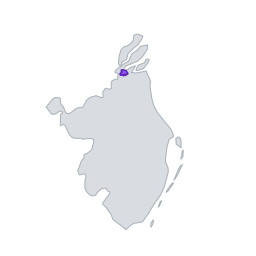 location of Bergen op Zoom, Noord-Brabant, Netherlands, rotated 127°
{"feature_id": "6326949B50303337761735", "entity_name": "Bergen op Zoom", "entity_type": "district", "adm_level": 2, "iso_a3": "NLD", "parent_name": "Netherlands", "parent_adm1": "Noord-Brabant", "projection": "equal_earth", "projection_center": [4.307, 51.505], "detail": "fine", "context": "in_parent", "style": "filled", "palette": "violet", "viewbox_px": 256, "rotation_deg": 127, "n_neighbors": 0, "source": "geoboundaries", "source_scale": "gbopen_adm2", "svg_char_len": 3926}
<svg xmlns="http://www.w3.org/2000/svg" viewBox="0 0 256 256"><g transform="rotate(127 128 128)"><path d="M160.6,205.9L156.2,205.8L152.0,205.7L149.9,205.4L147.5,204.5L146.4,202.8L145.1,200.7L145.5,199.5L149.3,195.9L149.9,194.9L149.5,194.3L149.9,192.7L152.8,187.4L153.1,185.2L151.8,183.7L149.9,182.8L143.6,181.2L140.6,179.0L139.2,177.0L137.9,176.5L135.8,177.1L130.7,177.8L126.5,176.8L121.5,173.1L120.3,169.8L119.7,167.2L118.5,166.4L116.8,167.7L114.7,169.7L110.6,170.0L109.4,169.5L109.2,168.4L108.9,167.3L107.8,165.9L106.5,165.2L101.3,169.0L99.3,169.0L96.9,167.5L95.6,166.1L92.9,166.9L90.5,168.6L91.3,172.0L90.0,172.6L87.0,172.3L83.6,170.9L79.8,170.1L74.1,167.8L66.1,169.6L60.6,167.4L55.9,167.2L53.1,165.4L50.0,162.4L52.2,160.5L54.3,159.8L62.8,159.4L68.9,160.6L79.9,167.1L82.7,167.0L85.7,166.2L84.2,164.5L81.4,163.6L77.3,161.9L74.0,159.4L81.7,158.6L80.7,157.4L79.7,155.2L71.6,147.7L73.0,145.7L75.0,141.3L77.5,137.7L79.6,136.8L82.9,134.2L90.1,126.7L94.7,120.7L98.1,113.4L103.0,93.7L104.5,90.3L106.9,86.6L109.9,87.3L112.0,88.4L119.4,85.6L132.0,78.3L135.7,72.0L139.4,69.1L153.9,63.4L161.9,61.7L174.3,61.3L183.2,60.3L194.0,59.9L198.1,63.4L200.5,66.0L204.4,67.4L210.3,68.4L210.1,73.5L210.3,83.5L209.9,85.3L207.3,89.5L204.7,97.2L204.0,102.2L203.2,103.1L191.8,103.1L190.2,104.0L190.0,105.1L190.6,106.4L190.3,107.7L189.5,108.7L190.0,110.4L192.0,112.3L195.6,113.5L199.4,113.6L201.4,113.4L202.9,114.7L204.4,116.8L204.3,119.4L203.8,123.0L202.0,126.3L196.8,130.0L194.5,131.4L192.3,132.1L191.3,133.1L190.8,134.3L190.9,135.5L194.7,138.5L194.6,139.2L193.6,140.8L192.2,142.3L182.5,145.4L178.5,145.1L176.3,146.7L175.6,147.0L173.0,145.5L167.4,143.9L165.2,144.5L164.1,145.4L160.5,146.4L158.0,148.2L158.0,150.3L162.6,156.0L164.2,157.1L164.3,159.3L166.5,161.9L168.8,165.3L169.1,167.4L168.8,169.6L167.7,172.6L163.9,179.8L163.8,181.2L164.2,182.2L165.5,182.5L166.6,183.1L166.3,184.0L159.0,189.0L158.1,189.9L155.0,189.6L154.5,190.5L154.9,191.8L156.2,193.0L158.8,193.6L161.1,194.9L162.9,197.4L160.6,205.9ZM83.6,170.9L83.0,173.0L81.3,175.2L75.5,178.5L69.5,180.7L66.5,180.4L64.3,179.3L63.2,178.1L60.0,177.0L55.6,176.4L52.9,177.6L50.9,178.8L49.2,178.6L47.9,177.6L46.9,176.1L45.7,171.4L48.9,170.5L56.0,170.2L61.5,171.8L68.8,172.6L74.3,170.4L78.6,172.3L83.6,170.9ZM71.7,151.6L75.9,154.6L76.8,155.5L77.1,156.5L71.7,157.7L66.0,154.1L62.3,154.9L60.8,153.2L60.8,152.1L64.7,151.2L71.7,151.6ZM111.9,79.7L107.6,83.5L105.1,82.4L104.3,81.5L105.6,78.6L111.8,73.7L111.9,79.7ZM130.5,62.9L126.6,63.3L124.7,62.5L134.3,60.4L140.4,59.8L141.4,60.1L130.5,62.9ZM156.2,59.0L147.8,59.8L144.9,59.2L144.5,58.6L146.8,58.2L153.9,58.1L156.1,58.6L156.2,59.0ZM121.3,67.0L113.4,70.9L112.7,70.3L117.8,66.9L121.3,67.0ZM190.4,52.4L186.4,52.6L187.5,51.2L191.2,50.1L193.1,50.1L190.4,52.4ZM173.3,56.2L167.4,58.0L166.0,57.6L166.3,57.1L171.5,56.0L173.3,56.2Z" fill="#d9dde1" stroke="#a8b0b8" stroke-width="1"/><path d="M85.3,168.0L85.4,167.9L85.9,168.0L86.0,168.0L86.2,167.8L86.3,167.7L86.5,167.7L86.7,167.4L86.7,167.2L86.7,166.9L86.7,166.7L86.8,166.5L87.0,166.5L87.3,166.8L87.5,166.9L87.8,166.8L87.9,166.7L88.0,166.6L88.3,166.8L88.6,166.7L88.6,166.8L88.8,166.9L89.4,167.0L89.7,167.0L89.6,166.8L89.6,166.7L89.5,166.4L89.5,166.2L89.6,165.9L89.8,165.9L89.9,165.6L89.9,165.4L90.0,165.4L89.9,165.3L89.7,165.2L89.4,165.1L89.2,164.9L89.1,164.7L89.1,164.4L89.0,164.2L89.1,163.9L89.1,163.7L88.9,163.7L88.7,163.7L88.6,163.4L88.7,163.2L88.4,163.2L88.2,163.1L87.9,163.1L88.0,163.0L88.1,162.9L88.0,162.7L87.9,162.7L87.7,162.6L87.5,162.4L87.4,162.4L87.1,162.3L87.2,162.2L87.3,162.2L87.5,162.2L87.6,161.9L86.8,161.8L86.7,161.7L86.8,161.5L86.6,161.4L86.3,161.3L86.2,161.3L86.0,161.2L85.9,161.2L85.7,161.2L85.4,161.1L85.3,160.9L85.0,160.9L84.8,160.8L84.7,160.8L84.6,161.0L84.4,161.1L84.3,161.3L84.3,161.6L84.2,161.8L84.1,162.0L84.0,162.3L84.0,162.5L83.9,162.6L83.6,163.3L83.4,163.7L83.4,163.8L83.3,164.0L83.3,164.3L83.8,165.3L84.4,166.3L85.3,168.0Z" fill="#8b5cf6" stroke="#5b21b6" stroke-width="1.5"/></g></svg>